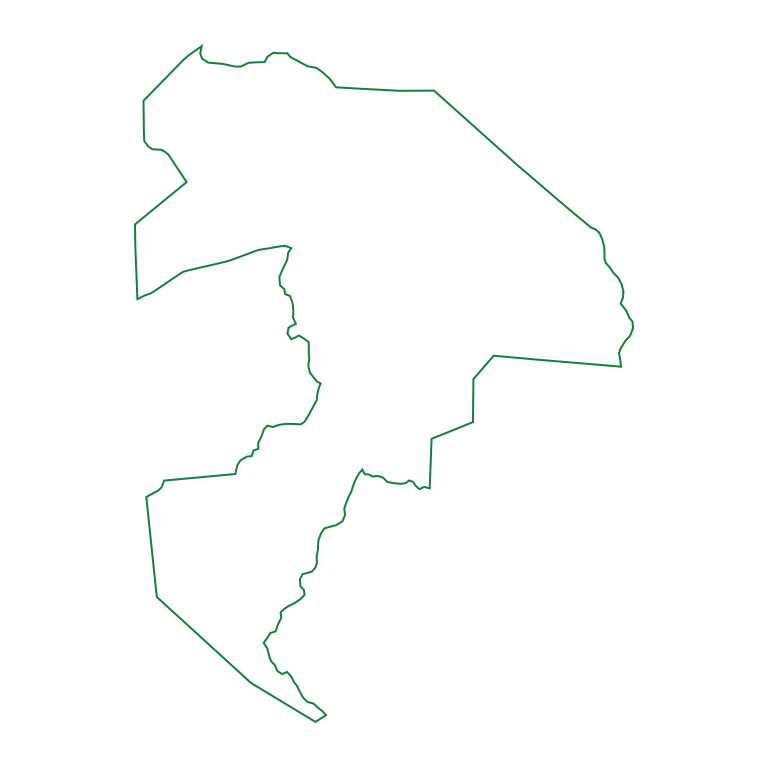 the district of Pombal, Paraíba, Brazil
{"feature_id": "56859067B94358976501482", "entity_name": "Pombal", "entity_type": "district", "adm_level": 2, "iso_a3": "BRA", "parent_name": "Brazil", "parent_adm1": "Paraíba", "projection": "equal_earth", "projection_center": [-37.87, -6.816], "detail": "fine", "context": "isolated", "style": "outline", "palette": "green", "viewbox_px": 768, "rotation_deg": 0, "n_neighbors": 0, "source": "geoboundaries", "source_scale": "gbopen_adm2", "svg_char_len": 2814}
<svg xmlns="http://www.w3.org/2000/svg" viewBox="0 0 768 768"><path d="M137.4,299.1L145.7,295.0L150.1,293.7L154.9,290.8L163.3,285.1L167.2,282.4L182.9,271.9L188.2,270.4L215.1,264.2L225.7,261.7L230.7,260.2L238.3,257.4L254.3,251.4L257.7,250.2L263.0,249.2L269.7,248.2L275.0,247.2L281.0,246.2L285.4,245.9L291.3,248.2L288.2,252.7L287.2,259.9L282.7,269.1L279.4,277.0L280.0,285.4L284.4,289.3L285.1,294.1L290.1,296.0L292.5,302.9L293.4,311.2L293.0,317.7L295.9,323.8L292.3,325.5L288.6,327.7L287.4,333.5L291.2,339.2L295.2,337.6L298.9,335.5L303.7,338.4L308.6,342.0L308.9,347.0L308.7,352.2L309.3,358.2L308.3,365.7L309.9,372.7L314.0,377.9L317.1,381.7L320.6,383.4L318.7,388.6L317.3,394.6L316.7,400.4L314.0,405.1L312.0,409.0L308.4,415.6L304.5,421.8L300.6,424.4L296.1,424.1L291.3,423.9L285.8,423.9L279.7,424.7L272.6,427.0L267.4,425.7L263.9,429.4L261.6,436.1L258.1,443.0L258.3,448.8L253.6,450.5L251.7,456.1L247.0,456.6L240.6,460.2L237.2,465.4L235.4,474.0L164.2,480.6L161.5,487.4L158.3,490.5L154.2,492.7L150.0,495.0L146.3,497.0L156.8,597.0L191.9,629.0L228.6,662.5L250.9,682.9L296.2,710.3L315.5,721.9L326.0,715.1L322.3,711.1L318.0,707.8L313.4,703.5L307.4,702.0L303.1,697.6L299.3,690.8L296.9,685.8L294.2,682.4L290.9,676.1L286.9,671.9L282.4,674.1L277.5,671.2L274.8,665.1L271.1,661.2L269.2,656.2L267.2,648.1L263.7,642.9L267.2,637.9L270.4,633.0L275.6,631.4L277.9,624.6L281.3,617.6L280.6,612.3L284.1,609.0L288.6,606.0L294.0,603.5L300.2,599.3L304.6,594.8L303.9,589.9L300.5,586.3L299.9,579.4L302.6,574.2L307.7,572.9L311.8,571.6L315.4,567.6L316.9,562.7L316.7,556.1L318.0,549.3L318.1,544.1L318.7,539.2L321.3,532.9L324.4,528.4L329.4,526.9L336.3,525.1L342.4,521.4L345.0,515.2L344.3,508.6L346.2,502.8L348.5,497.0L351.2,491.9L353.4,485.0L355.9,478.8L359.2,473.2L362.3,469.6L364.6,474.1L368.9,474.5L372.6,476.5L378.1,476.0L383.1,477.7L387.4,482.0L393.8,483.2L400.8,483.8L405.6,483.2L409.1,480.5L413.2,481.9L415.7,485.8L419.4,489.2L424.2,486.9L429.7,488.4L431.6,438.8L473.0,422.1L473.4,379.2L488.9,361.2L493.7,355.7L533.3,359.3L621.1,366.7L620.1,358.8L619.0,353.5L620.5,348.6L623.0,344.7L625.3,340.8L630.0,336.0L633.0,328.2L632.5,321.6L629.3,317.7L626.2,310.7L620.7,303.6L623.0,297.6L623.4,291.3L621.5,284.0L618.0,277.5L613.7,273.3L609.8,267.4L605.9,263.1L604.4,258.4L604.5,252.6L604.2,246.4L602.1,239.0L599.3,232.7L595.2,229.2L591.0,227.5L564.6,205.6L516.8,164.6L434.0,90.6L399.6,90.8L356.1,88.5L336.1,87.3L329.7,78.8L322.2,72.0L316.3,67.8L307.7,66.3L290.5,57.1L287.2,53.2L278.6,53.2L273.5,52.7L267.6,56.6L264.5,62.1L256.3,62.3L248.6,62.8L241.0,66.5L234.6,66.5L222.9,63.9L208.2,62.6L202.2,58.7L200.2,53.7L201.7,46.1L189.1,55.0L184.1,59.2L143.5,100.8L143.9,133.4L144.3,141.2L148.3,146.5L152.3,149.2L157.1,149.6L161.1,149.7L165.1,151.9L168.6,154.9L186.6,182.1L135.0,224.4L135.3,245.6L137.4,299.1Z" fill="none" stroke="#15803d" stroke-width="2"/></svg>